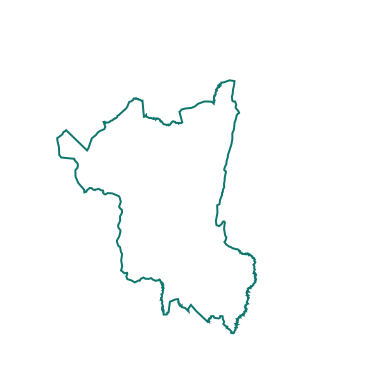 the district of Nong Yai, Chon Buri, Thailand, rotated 47°
{"feature_id": "78962969B4010364825513", "entity_name": "Nong Yai", "entity_type": "district", "adm_level": 2, "iso_a3": "THA", "parent_name": "Thailand", "parent_adm1": "Chon Buri", "projection": "albers", "projection_center": [101.414, 13.153], "detail": "fine", "context": "isolated", "style": "outline", "palette": "teal", "viewbox_px": 384, "rotation_deg": 47, "n_neighbors": 0, "source": "geoboundaries", "source_scale": "gbopen_adm2", "svg_char_len": 6088}
<svg xmlns="http://www.w3.org/2000/svg" viewBox="0 0 384 384"><g transform="rotate(47 192 192)"><path d="M61.0,241.9L61.0,243.7L60.4,245.1L61.2,246.7L61.4,248.3L60.7,253.9L63.1,255.7L68.7,258.9L74.3,263.8L77.6,264.1L87.4,255.5L89.3,256.2L92.7,256.2L94.4,256.9L96.1,259.2L96.5,262.2L97.2,263.1L101.4,266.7L107.6,269.0L117.0,269.4L118.8,271.0L119.7,269.3L119.1,267.3L119.3,264.1L120.8,262.7L122.7,262.7L124.4,261.7L124.2,261.2L126.2,258.0L128.8,257.4L130.0,256.1L131.0,256.4L132.0,257.6L134.0,257.5L134.7,256.9L135.3,254.4L138.6,251.3L145.2,248.3L146.8,248.7L150.7,250.8L153.0,255.3L154.6,255.7L157.3,255.5L159.4,257.3L160.7,261.2L163.9,264.0L166.2,269.1L168.3,270.2L171.1,270.4L172.3,271.5L174.9,275.6L176.2,279.7L177.0,280.7L180.8,282.5L183.2,282.2L187.3,284.8L189.7,285.4L193.8,290.5L199.0,293.9L200.9,297.4L205.4,296.8L206.9,294.6L207.9,295.3L208.9,297.6L211.6,298.7L215.3,296.6L219.1,295.5L220.3,291.4L221.2,290.8L220.6,288.6L221.5,285.8L223.6,285.3L226.1,282.8L227.1,280.6L229.2,280.4L232.2,279.2L232.7,277.9L233.5,277.2L233.8,275.5L234.4,275.4L235.2,275.8L237.7,275.8L237.6,276.3L238.2,276.1L238.3,276.8L239.2,277.0L239.4,276.5L239.7,277.0L240.2,276.4L240.9,276.8L241.2,277.3L240.9,277.7L241.6,277.9L241.6,278.8L242.3,278.6L242.4,279.1L242.7,279.0L242.6,279.5L243.0,279.0L243.2,279.5L244.1,280.1L244.0,280.8L244.5,280.8L246.0,282.4L246.5,283.6L246.1,284.2L247.8,285.0L248.3,285.6L248.3,286.7L248.7,287.2L249.5,287.2L249.7,288.4L250.9,287.8L252.2,288.7L252.8,289.8L255.9,291.2L255.8,291.5L256.5,292.0L256.2,292.4L257.1,292.8L256.5,293.1L257.0,293.7L258.2,294.2L258.9,293.4L259.4,293.7L259.1,294.2L259.6,294.2L259.8,294.7L260.2,294.5L262.2,296.3L264.3,294.2L264.3,293.0L263.4,292.4L264.0,291.2L257.2,283.0L259.2,277.5L260.9,275.2L263.5,277.0L263.4,277.3L265.7,278.1L265.8,277.5L267.4,278.4L268.0,278.0L268.0,277.0L269.2,278.0L272.2,276.1L276.9,275.9L274.9,274.6L273.8,269.8L281.7,270.1L297.5,269.1L297.4,268.8L298.4,268.4L297.2,267.9L297.5,267.6L296.9,267.6L297.0,266.9L296.5,266.2L296.9,266.1L296.6,265.5L297.0,264.7L296.5,264.5L296.7,263.6L295.9,262.8L297.3,261.0L299.3,261.4L302.7,258.7L303.0,257.3L302.0,255.9L303.8,254.4L306.1,256.2L308.7,256.9L310.1,259.2L313.1,258.8L314.5,258.1L314.9,259.3L318.0,258.3L321.2,258.3L321.6,259.4L322.4,259.1L323.5,258.1L323.6,257.1L322.8,256.1L322.2,253.7L320.8,252.9L321.6,251.6L320.3,251.1L320.2,250.4L319.3,250.3L319.5,249.8L319.0,250.2L318.9,249.7L318.3,249.8L318.9,248.7L317.8,248.0L318.0,247.7L317.7,247.7L317.9,247.2L317.5,246.4L316.7,246.5L316.7,245.8L316.1,246.0L315.9,245.5L315.5,245.6L316.1,243.9L315.5,242.9L316.6,242.1L315.9,241.8L315.3,240.8L316.1,240.3L316.0,238.9L316.5,239.1L317.2,238.5L316.0,238.3L316.0,237.7L316.7,237.4L316.7,236.5L315.2,235.4L315.3,234.8L316.1,233.9L315.0,233.4L315.3,232.4L314.7,231.8L314.2,232.1L313.7,231.7L313.1,232.1L312.2,231.8L312.0,230.9L311.4,230.3L311.8,230.0L311.3,228.2L311.8,227.2L310.0,227.2L308.1,222.8L307.6,223.2L306.2,222.2L305.5,222.3L306.1,221.3L304.1,221.4L303.0,220.9L303.2,220.4L302.6,220.0L303.5,218.7L301.9,219.0L301.8,217.7L300.8,217.1L300.8,216.1L302.0,215.1L301.3,214.6L301.3,214.1L301.7,214.0L301.1,213.3L301.9,212.9L301.9,211.7L301.6,211.4L301.8,210.3L301.2,209.9L301.0,208.2L301.3,207.3L301.0,206.8L299.9,206.6L299.9,205.1L298.7,205.0L298.7,204.4L297.7,204.5L296.9,202.8L296.4,203.1L296.2,202.3L295.7,202.5L295.5,201.8L296.0,202.1L295.9,201.5L293.6,202.4L293.6,201.6L293.0,201.7L291.5,198.9L290.5,198.8L289.1,197.2L287.0,196.5L287.1,195.2L286.5,193.5L284.9,193.5L284.3,192.9L284.3,192.1L282.9,192.1L282.7,191.7L282.3,191.7L281.6,192.6L281.2,192.4L281.3,192.1L280.3,192.3L279.7,191.9L278.5,192.1L278.3,192.5L277.4,192.3L277.1,193.6L276.0,193.5L276.0,192.8L274.8,193.2L274.6,194.6L273.8,194.6L273.9,195.5L272.7,196.1L272.3,196.9L271.2,197.6L270.8,197.3L270.4,197.7L269.3,197.5L269.2,197.9L268.9,197.6L267.8,197.9L267.6,197.4L267.0,197.8L266.1,197.3L264.7,197.9L263.2,199.4L262.6,199.4L260.9,200.7L259.1,201.0L257.1,202.1L253.5,202.8L250.7,202.4L250.3,200.4L248.6,197.8L246.5,197.4L240.8,193.7L236.5,188.6L235.3,188.7L234.8,189.5L235.6,192.1L235.5,195.4L232.9,196.7L229.5,194.3L224.4,187.4L218.9,182.7L219.6,180.1L217.0,177.0L214.6,172.0L213.0,170.4L212.9,169.2L211.6,168.2L210.4,165.1L207.9,163.1L205.9,160.3L203.8,158.3L200.5,153.5L200.2,153.2L198.2,153.5L197.5,153.1L196.1,150.8L195.0,147.8L192.8,145.4L191.1,142.3L189.5,140.5L184.3,131.1L181.0,126.6L176.6,122.5L174.9,118.7L170.2,113.4L169.0,110.8L166.4,107.0L166.1,105.7L166.3,103.6L164.7,103.0L160.3,102.7L159.1,101.6L158.5,100.2L155.3,98.8L153.7,100.2L152.7,100.2L149.4,97.8L148.2,95.6L145.1,92.2L142.5,88.2L139.8,85.3L135.9,88.4L133.5,94.0L132.0,95.9L132.5,97.1L132.2,97.8L132.6,97.9L132.3,98.8L132.8,98.8L132.6,99.2L132.9,99.1L133.0,99.5L133.4,99.3L133.2,99.8L133.5,100.1L133.0,100.6L133.8,100.9L133.0,102.3L133.6,103.0L133.5,104.6L133.8,104.9L134.7,104.6L135.3,107.0L136.9,108.3L136.8,109.0L137.3,109.8L136.8,110.1L137.5,111.2L139.0,112.5L140.3,113.0L140.0,113.7L141.0,114.0L141.5,114.6L141.4,115.4L141.9,115.8L140.3,115.9L138.6,116.7L134.2,121.3L131.6,127.4L131.4,131.6L130.1,135.1L126.5,139.8L124.5,143.4L125.0,145.7L124.8,146.5L134.5,151.7L134.1,153.2L132.8,154.2L132.8,154.9L132.4,154.7L130.7,156.5L129.9,156.5L130.0,156.8L127.9,157.2L127.4,157.6L127.1,158.5L127.7,162.4L127.3,163.6L126.4,163.5L125.8,165.0L124.9,165.1L123.0,166.6L120.5,166.2L119.1,166.9L118.5,166.8L118.6,166.4L117.9,166.6L117.1,166.1L115.2,166.8L114.8,167.5L114.6,167.2L114.3,167.5L114.3,168.0L114.1,167.7L113.5,168.2L112.7,170.0L111.9,169.7L111.9,170.6L109.7,171.6L108.7,172.8L106.1,173.8L105.2,173.8L104.4,173.2L104.6,175.4L104.2,175.9L91.5,166.0L91.2,166.7L89.2,167.0L87.9,168.1L87.4,167.9L86.8,168.6L86.0,168.7L85.7,169.4L85.2,169.2L85.2,169.9L84.0,170.6L84.0,171.6L84.5,172.2L84.2,174.7L83.3,176.4L85.4,181.0L86.0,183.3L85.8,193.0L85.4,194.6L86.2,195.8L86.2,196.9L85.6,198.0L85.8,198.4L85.2,199.9L85.4,201.1L84.4,203.2L84.6,204.2L84.3,205.5L82.8,207.2L82.8,207.9L81.1,207.9L80.5,208.9L85.3,211.0L86.2,213.3L84.5,218.0L84.3,220.8L84.8,223.5L84.4,228.6L89.4,238.0L90.0,240.4L61.0,241.9Z" fill="none" stroke="#0f766e" stroke-width="2"/></g></svg>